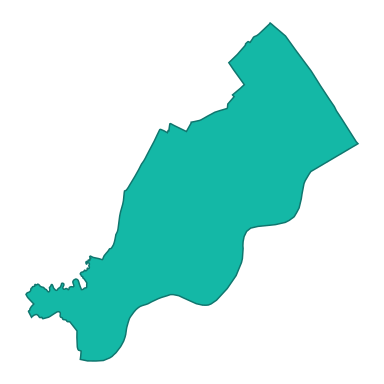 Ninh Kieu, Hau Giang, Vietnam (Robinson projection)
{"feature_id": "81297802B54398389952996", "entity_name": "Ninh Kieu", "entity_type": "district", "adm_level": 2, "iso_a3": "VNM", "parent_name": "Vietnam", "parent_adm1": "Hau Giang", "projection": "robinson", "projection_center": [105.742, 10.032], "detail": "fine", "context": "isolated", "style": "filled", "palette": "teal", "viewbox_px": 384, "rotation_deg": 0, "n_neighbors": 0, "source": "geoboundaries", "source_scale": "gbopen_adm2", "svg_char_len": 5348}
<svg xmlns="http://www.w3.org/2000/svg" viewBox="0 0 384 384"><path d="M329.3,99.2L320.4,85.7L312.7,73.4L311.1,70.9L295.7,50.2L285.5,36.0L274.7,26.8L271.6,24.1L270.1,23.0L269.5,24.0L267.9,25.5L258.7,34.2L256.8,35.6L255.6,36.1L254.6,36.5L253.6,37.1L253.2,37.6L252.7,38.5L251.8,39.9L250.6,41.6L250.2,42.4L249.8,42.5L249.3,42.2L248.8,41.7L248.1,41.6L247.6,41.9L245.9,43.5L245.4,44.2L245.5,44.8L245.4,45.2L237.2,54.6L228.8,62.7L233.5,69.7L242.6,82.3L244.3,84.7L242.5,86.3L240.3,88.4L237.5,90.7L232.5,94.9L234.1,96.7L227.8,104.0L227.4,107.9L226.8,108.6L226.0,108.8L220.2,110.5L214.9,112.2L207.8,116.0L202.7,118.9L201.3,119.7L199.7,120.4L194.3,121.6L191.1,122.2L191.1,122.8L191.0,123.3L190.6,124.0L186.4,131.5L174.1,125.5L170.6,123.6L169.8,123.9L168.8,130.8L168.1,130.6L167.6,132.1L167.4,132.7L164.2,130.9L161.7,129.8L160.7,129.4L160.2,129.4L159.8,129.6L159.5,130.1L156.6,136.1L154.2,141.2L150.1,148.9L146.5,155.8L145.4,158.0L143.9,160.7L141.5,164.1L138.7,169.6L135.0,176.2L133.8,178.2L130.0,184.5L128.3,187.4L127.2,189.0L126.3,190.2L125.4,190.6L124.5,191.0L124.2,192.9L123.4,200.9L122.7,204.3L120.6,211.7L119.7,216.0L118.9,222.2L118.1,228.4L117.8,230.1L117.3,231.8L116.8,232.8L116.2,234.0L115.8,234.8L115.6,236.2L115.0,239.4L114.3,242.3L113.4,244.9L112.2,246.9L111.5,248.1L110.9,248.5L110.2,248.6L109.5,248.9L107.9,251.3L106.3,253.1L105.0,254.7L104.2,255.7L103.4,257.4L102.8,259.1L102.4,259.6L101.6,259.5L98.8,258.6L94.5,257.7L92.9,257.3L91.1,256.4L90.4,256.1L90.0,256.3L89.7,256.7L90.0,257.6L90.5,258.1L90.7,258.4L90.7,258.6L90.5,258.8L90.0,258.8L89.8,258.9L89.6,259.3L89.7,259.7L89.8,260.1L89.7,260.5L89.3,260.6L89.0,260.4L88.6,260.1L88.3,260.1L88.1,260.3L88.2,260.8L88.0,261.4L87.7,261.5L87.1,261.5L86.4,261.5L86.1,261.8L85.9,262.5L86.0,263.2L86.2,263.8L86.6,264.1L86.9,263.9L86.9,263.2L87.1,263.0L87.6,262.8L88.3,262.9L88.8,263.0L89.2,263.3L89.4,263.8L89.4,264.4L88.9,265.4L88.8,265.9L89.0,266.3L89.3,266.7L89.4,267.1L89.3,267.9L88.9,268.5L88.4,268.7L88.1,268.5L87.7,268.2L87.4,268.2L87.2,268.5L87.4,269.0L87.2,269.5L86.7,270.3L86.2,270.7L85.8,270.9L85.4,270.6L85.0,270.2L84.6,270.2L84.4,270.4L84.1,270.9L83.6,271.5L82.6,272.0L82.0,272.1L81.3,272.3L80.8,272.8L80.3,273.6L80.3,274.1L80.8,274.7L81.1,275.2L81.3,275.8L81.5,276.1L82.0,276.3L82.5,276.6L82.8,276.9L82.8,277.4L82.9,277.9L83.6,278.5L84.3,279.1L86.6,282.5L86.9,283.1L86.8,283.6L86.7,284.5L86.7,286.1L86.7,287.0L86.5,287.5L86.1,287.8L84.8,288.0L84.3,288.2L83.8,288.7L83.4,289.2L82.7,289.5L81.4,289.6L81.1,288.7L80.1,286.2L79.3,283.9L78.9,282.4L78.2,280.5L77.5,279.6L76.0,279.0L75.3,279.2L74.0,279.9L73.5,280.4L72.9,281.5L72.9,282.6L73.4,284.1L73.7,284.8L73.9,285.9L73.8,286.4L73.5,286.7L73.1,286.9L71.9,286.7L71.1,286.7L69.9,287.1L69.3,287.6L69.1,288.2L69.0,289.0L68.7,289.5L68.2,289.7L67.6,289.4L67.0,288.7L66.4,288.5L65.5,288.6L64.8,289.1L64.2,289.3L63.6,289.2L63.0,288.5L62.8,287.7L63.1,286.8L63.8,285.4L63.9,284.5L63.8,283.9L63.4,283.5L62.7,283.2L62.1,283.2L61.6,283.5L61.4,284.3L61.1,285.4L60.6,286.4L60.1,287.3L59.7,287.6L59.1,287.9L58.4,288.5L57.9,288.9L57.4,289.8L57.0,290.2L56.3,290.4L55.6,290.2L55.0,289.6L53.7,288.2L53.4,287.5L52.7,285.5L52.2,284.7L51.9,284.5L51.4,284.6L51.0,285.3L50.8,286.0L50.4,286.6L49.7,287.2L49.5,287.5L49.4,287.8L49.7,288.9L49.8,289.9L49.6,291.0L49.1,291.7L48.6,291.9L47.9,291.6L46.9,290.4L46.4,289.7L45.3,289.1L44.5,288.6L43.9,287.7L43.2,287.3L42.2,287.1L41.0,286.7L40.1,286.1L39.2,285.0L38.6,284.5L38.0,284.2L37.5,284.2L37.2,284.6L36.8,284.8L36.4,284.9L35.9,284.7L35.5,284.5L35.1,284.5L34.8,284.9L34.8,285.5L34.8,285.9L34.7,286.2L34.2,286.3L33.2,286.5L32.5,286.8L32.3,287.5L31.9,287.9L31.5,288.0L31.0,288.6L30.8,289.5L30.7,290.4L30.1,291.4L29.3,292.1L28.2,292.4L27.2,292.9L26.6,293.4L26.0,294.5L27.5,297.2L28.4,298.3L33.8,304.0L31.4,306.5L30.0,308.7L29.8,309.9L29.6,310.4L28.6,311.0L28.5,311.5L31.5,317.3L32.2,316.6L33.3,315.7L34.0,315.2L35.3,314.7L36.4,314.5L37.3,314.8L38.2,315.5L39.1,316.9L39.7,317.5L40.4,317.6L41.4,317.3L41.9,317.4L42.2,317.6L42.3,318.3L42.5,318.6L43.0,318.7L48.6,317.2L50.2,316.3L51.9,315.2L54.5,313.5L57.1,311.9L58.1,311.7L58.7,311.7L59.6,312.0L60.1,312.5L60.3,313.3L60.3,314.3L60.1,315.8L60.3,316.6L60.7,317.2L61.5,317.5L62.1,317.8L62.5,318.3L62.8,319.2L63.3,319.6L63.9,319.6L65.3,319.8L66.2,320.2L66.7,320.8L67.0,321.4L67.7,321.7L69.2,321.7L69.9,321.9L77.0,330.9L76.9,337.3L77.3,347.0L77.7,348.6L78.1,349.6L78.6,350.2L79.7,350.5L81.0,351.0L81.1,351.4L80.7,356.2L80.3,359.4L82.7,359.9L87.5,360.9L95.8,361.0L103.4,360.5L109.7,357.9L109.9,357.8L112.1,356.4L113.7,354.8L116.0,352.7L120.5,346.8L121.4,345.3L123.7,341.0L125.1,336.9L125.7,334.5L126.5,328.9L126.9,326.9L128.2,322.3L129.2,319.2L129.7,318.0L130.8,316.3L133.7,312.3L136.0,309.6L138.0,307.9L140.0,306.5L142.5,305.5L146.2,304.4L147.9,303.8L149.6,302.9L151.6,301.8L158.4,298.6L161.6,297.4L166.9,295.8L170.4,294.6L173.3,294.6L178.8,295.7L183.0,297.7L196.3,303.7L202.5,305.1L205.9,305.2L208.4,305.0L211.1,303.9L216.5,300.2L227.2,288.6L236.1,275.6L241.5,262.5L242.4,258.6L243.1,248.5L242.9,245.8L242.9,245.7L243.1,241.7L244.1,236.6L246.6,231.4L250.7,228.1L258.0,226.4L268.2,225.4L269.2,225.3L275.6,224.6L285.3,222.4L289.2,220.4L293.3,217.4L294.2,216.7L296.6,212.7L299.1,208.0L301.3,198.8L302.0,194.0L304.0,183.6L305.2,180.7L309.1,174.1L310.9,171.5L358.0,143.7L356.2,141.7L342.0,119.3L336.4,110.8L334.3,106.5L329.3,99.2Z" fill="#14b8a6" stroke="#0f766e" stroke-width="1.5"/></svg>